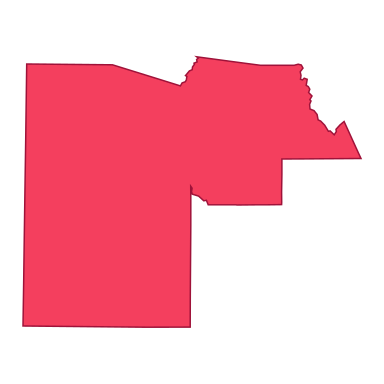 the district of Maricopa, Arizona, United States of America
{"feature_id": "52423323B41946106713870", "entity_name": "Maricopa", "entity_type": "district", "adm_level": 2, "iso_a3": "USA", "parent_name": "United States of America", "parent_adm1": "Arizona", "projection": "albers", "projection_center": [-111.877, 33.277], "detail": "fine", "context": "isolated", "style": "filled", "palette": "rose", "viewbox_px": 384, "rotation_deg": 0, "n_neighbors": 0, "source": "geoboundaries", "source_scale": "gbopen_adm2", "svg_char_len": 1097}
<svg xmlns="http://www.w3.org/2000/svg" viewBox="0 0 384 384"><path d="M25.2,173.0L24.3,235.1L23.7,279.9L23.0,326.0L146.8,327.2L190.2,327.1L190.3,296.1L190.8,225.4L190.8,197.3L190.7,186.2L192.1,188.2L191.5,191.8L192.4,194.2L198.6,196.1L203.8,200.8L206.4,200.3L208.2,204.8L236.2,204.8L236.8,205.0L256.4,204.8L266.6,204.8L274.1,204.7L281.6,204.6L281.7,202.3L281.6,192.0L281.9,174.2L281.9,162.8L281.9,159.0L302.1,158.9L361.0,158.5L358.2,152.5L344.1,121.5L340.2,124.7L336.0,129.3L336.3,131.6L334.2,134.8L330.1,130.9L328.4,131.3L324.7,125.2L320.7,121.1L318.1,119.8L317.1,114.5L314.0,110.6L310.0,109.0L309.6,104.3L311.0,101.0L309.8,99.7L312.0,96.0L308.6,92.5L309.8,89.2L308.3,86.6L306.2,85.4L307.2,79.3L304.2,78.2L302.5,79.9L300.5,79.3L301.0,75.4L300.2,71.8L303.0,68.1L301.3,65.0L298.2,64.2L294.1,65.3L260.6,65.3L240.7,62.7L196.7,56.8L198.3,58.1L196.6,59.5L197.1,61.9L194.0,63.2L194.4,64.3L192.5,67.0L192.2,69.7L189.4,70.9L185.5,75.6L186.9,76.4L186.3,80.1L185.2,81.8L182.1,82.9L180.4,85.9L158.3,79.0L112.5,64.8L26.7,64.0L25.7,139.9L25.2,173.0Z" fill="#f43f5e" stroke="#9f1239" stroke-width="1.5"/></svg>